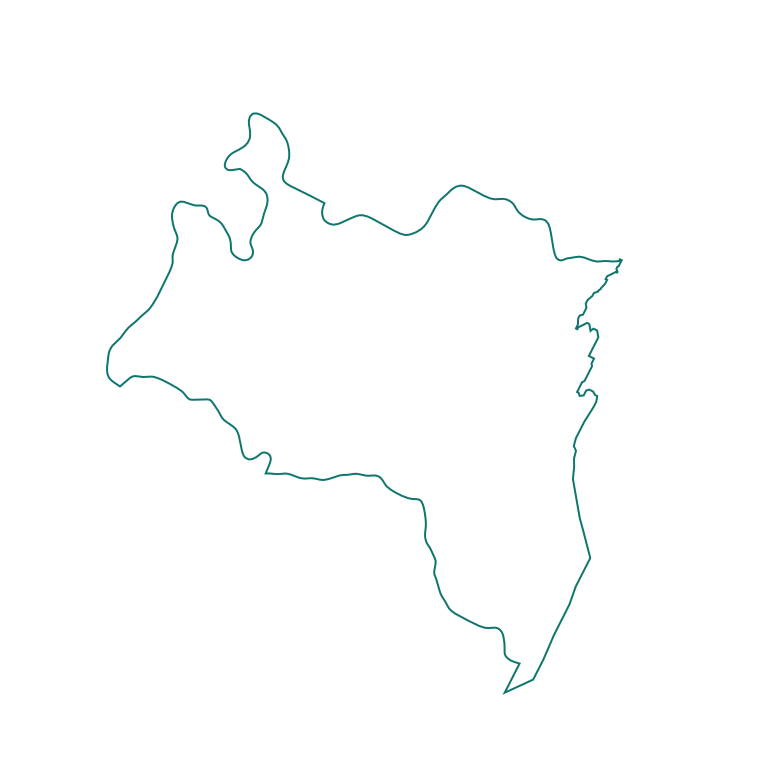 Dajabón, Dajabón, Dominican Republic (Equal Earth projection), rotated 207°
{"feature_id": "3306468B69873779257439", "entity_name": "Dajabón", "entity_type": "district", "adm_level": 2, "iso_a3": "DOM", "parent_name": "Dominican Republic", "parent_adm1": "Dajabón", "projection": "equal_earth", "projection_center": [-71.604, 19.566], "detail": "fine", "context": "isolated", "style": "outline", "palette": "teal", "viewbox_px": 768, "rotation_deg": 207, "n_neighbors": 0, "source": "geoboundaries", "source_scale": "gbopen_adm2", "svg_char_len": 5710}
<svg xmlns="http://www.w3.org/2000/svg" viewBox="0 0 768 768"><g transform="rotate(207 384 384)"><path d="M625.6,358.4L626.3,349.3L627.3,343.7L628.5,340.5L631.0,334.4L633.3,327.7L637.2,318.4L638.1,314.8L639.7,305.7L643.4,294.8L643.6,293.0L643.7,289.3L643.4,287.5L642.5,284.3L638.4,273.4L636.9,270.3L635.1,267.6L632.8,265.5L631.6,264.6L628.7,263.5L625.8,262.9L618.1,262.0L613.2,273.9L611.6,276.4L609.4,278.1L601.5,281.0L595.4,284.6L592.6,285.8L587.9,286.6L583.1,286.9L574.9,286.9L566.7,286.5L561.9,285.9L558.9,285.2L552.9,282.5L550.6,282.1L549.4,282.2L547.1,283.2L534.2,290.2L531.8,290.8L530.6,290.6L528.3,289.7L519.7,284.9L513.7,280.8L511.0,279.5L508.0,278.8L499.1,277.6L496.1,276.7L494.7,276.1L492.0,274.1L489.4,271.5L481.3,261.3L479.0,258.6L476.4,256.4L475.0,255.7L473.5,255.3L470.7,255.4L469.3,255.9L467.0,257.6L464.5,261.0L462.1,266.1L461.3,267.3L460.3,268.2L459.1,268.8L456.7,269.4L454.1,268.9L452.9,268.3L451.8,267.2L450.9,265.9L450.3,264.3L449.7,261.0L448.8,250.6L445.2,252.4L438.2,255.2L430.8,259.7L426.4,260.9L417.4,261.9L414.5,262.6L411.8,263.7L405.6,267.3L402.8,268.3L397.1,269.8L394.3,271.0L390.4,274.0L381.9,282.5L379.3,284.3L375.3,286.5L369.3,290.7L366.6,292.0L359.4,293.9L356.7,294.9L351.9,297.7L349.4,298.8L346.6,299.2L343.8,298.7L341.4,297.5L337.8,295.3L335.1,294.0L330.5,293.0L325.6,292.5L317.3,292.5L310.9,293.2L306.5,294.4L302.0,296.5L299.6,296.9L298.2,296.6L296.9,296.0L294.4,294.0L292.1,291.5L288.7,287.1L285.5,282.4L283.6,279.1L281.9,275.7L279.4,269.1L277.8,266.2L275.9,263.8L273.7,261.7L268.5,258.7L266.2,257.0L259.5,251.7L257.6,249.7L256.4,247.0L254.2,239.8L252.7,237.3L248.4,233.4L240.2,224.6L237.7,222.3L235.1,220.5L231.1,218.2L225.0,214.1L223.7,213.4L220.7,212.4L216.0,211.7L201.4,211.4L190.0,211.6L185.3,212.2L182.3,213.0L179.6,214.2L176.2,216.4L173.7,217.6L170.9,218.0L169.5,217.8L166.7,216.6L165.3,215.6L163.0,213.3L158.9,207.6L154.4,199.1L153.4,197.9L152.3,197.0L149.8,195.8L145.5,195.2L141.0,195.6L136.3,196.5L136.3,163.8L131.3,170.1L116.9,188.4L116.9,191.4L116.9,211.2L118.3,233.0L118.6,237.6L118.6,242.3L118.7,271.8L121.2,290.5L121.2,311.5L121.2,320.5L121.2,322.5L124.8,326.7L132.8,335.7L140.6,344.5L148.6,353.3L172.6,385.2L176.8,396.2L180.9,403.9L181.1,404.9L182.6,411.6L184.5,413.2L185.6,414.0L186.7,414.9L187.5,418.5L188.1,421.5L188.4,422.6L188.4,433.2L188.4,441.4L187.9,446.9L187.0,456.5L186.8,459.0L186.8,464.5L187.5,466.8L188.5,470.0L190.9,470.0L194.3,472.2L198.4,472.2L200.0,470.8L200.9,470.0L200.9,464.5L201.3,464.2L202.4,463.5L204.2,462.3L206.7,464.5L208.3,464.5L208.3,468.4L208.3,475.5L206.7,477.7L206.7,488.2L206.7,491.5L206.7,494.3L207.8,495.7L208.4,496.5L208.4,502.0L209.0,502.0L209.8,502.0L214.2,502.0L214.2,521.5L214.2,522.5L214.2,522.9L214.7,523.5L218.4,528.4L222.5,528.4L224.0,525.4L224.1,525.1L228.3,530.6L230.8,530.6L232.3,528.5L236.6,522.8L236.6,520.6L238.2,520.6L238.2,525.0L239.8,528.5L240.7,530.6L240.7,533.9L238.2,536.1L238.2,543.8L240.7,547.1L240.7,551.5L238.3,557.0L238.3,560.3L235.9,562.9L235.1,563.7L235.4,564.6L234.1,566.9L234.1,567.5L234.1,568.1L232.5,573.6L232.5,578.0L234.1,578.0L234.1,581.3L230.4,586.2L228.4,589.0L227.0,589.0L226.8,589.9L229.2,592.0L229.3,594.1L228.4,595.3L228.4,602.3L230.4,602.2L230.4,600.2L235.4,597.2L242.4,594.2L249.8,589.8L254.2,588.6L263.2,587.5L267.6,586.2L270.0,584.7L277.9,579.0L281.9,574.7L284.3,573.9L286.9,574.3L288.2,575.0L290.7,577.1L294.3,581.3L303.5,593.8L307.0,598.2L309.6,600.7L311.0,601.7L313.8,602.8L315.3,603.0L318.1,602.6L320.5,601.4L324.0,599.2L326.6,597.9L329.5,597.2L332.5,596.9L337.0,597.0L341.5,598.0L344.1,599.2L350.2,603.0L353.0,603.9L356.0,604.2L358.9,604.0L361.8,603.1L369.1,598.9L373.6,597.6L380.0,597.1L397.9,597.4L402.6,596.8L405.6,595.7L408.0,593.8L409.1,592.7L410.9,590.1L412.4,587.0L414.0,582.1L417.1,574.4L418.0,570.8L418.6,564.6L418.9,548.0L419.5,544.0L420.0,542.0L421.4,538.5L424.3,533.8L427.8,529.9L430.4,527.7L433.3,526.2L438.1,525.3L444.7,525.2L469.8,526.0L474.7,525.8L479.5,524.7L482.5,523.2L485.1,520.9L488.7,516.7L495.6,508.0L498.0,505.4L500.8,503.4L502.2,502.7L505.2,502.0L508.1,502.0L511.1,502.7L512.5,503.4L514.8,505.5L516.7,508.1L518.0,511.1L518.8,514.6L519.2,518.1L536.6,518.2L557.3,517.9L562.0,518.3L564.9,519.2L566.2,520.1L567.4,521.3L568.3,522.8L568.9,524.4L569.5,528.0L570.2,537.7L571.0,541.6L571.6,543.4L574.2,548.4L577.4,552.7L579.8,555.3L582.4,557.5L587.7,560.6L593.8,564.6L598.2,566.4L604.7,567.3L614.3,567.8L617.3,567.8L620.1,567.3L622.6,566.1L623.7,564.9L624.3,563.3L624.7,561.7L624.6,560.0L623.8,556.9L622.2,554.1L618.4,548.8L616.7,545.9L615.3,542.6L615.0,540.8L615.0,537.2L615.8,533.8L617.2,530.9L619.7,526.9L623.5,521.6L624.9,518.7L625.5,516.9L625.9,515.2L626.2,511.8L625.8,508.4L625.3,506.9L624.4,505.4L623.1,504.5L621.8,504.0L620.5,504.0L619.2,504.2L617.0,505.3L609.9,510.3L605.8,510.0L602.9,509.3L600.2,508.2L595.2,505.4L592.4,504.3L589.2,503.6L581.1,502.6L578.0,501.7L575.2,500.1L574.1,499.1L572.1,496.6L570.6,493.6L569.5,490.1L568.2,481.2L566.2,471.9L566.3,468.9L568.2,461.8L568.7,458.4L568.7,455.0L568.2,451.7L567.0,448.9L566.2,447.9L562.6,444.8L561.0,442.9L559.9,440.4L559.7,438.8L559.8,437.1L560.2,435.6L561.7,433.0L563.9,431.2L565.4,430.5L566.9,430.1L570.0,429.8L573.2,430.0L576.2,430.6L579.1,432.0L580.3,433.0L581.2,434.2L584.9,440.6L587.8,444.1L590.2,446.0L598.9,451.7L601.4,453.1L604.3,454.0L607.2,454.4L613.7,454.5L615.8,454.8L617.6,455.9L621.3,460.0L623.5,460.9L624.7,461.0L627.1,460.4L631.8,458.0L634.5,457.0L645.1,455.4L647.9,454.2L649.1,453.0L650.0,451.6L650.6,450.0L651.1,446.6L650.9,443.0L650.1,439.4L648.5,436.1L645.4,431.7L642.0,427.8L636.3,422.7L634.4,420.6L633.7,419.1L632.7,415.6L631.5,406.4L630.8,403.0L630.2,401.5L627.7,396.9L627.2,395.4L626.5,392.0L626.0,386.1L625.6,358.4Z" fill="none" stroke="#0f766e" stroke-width="2"/></g></svg>